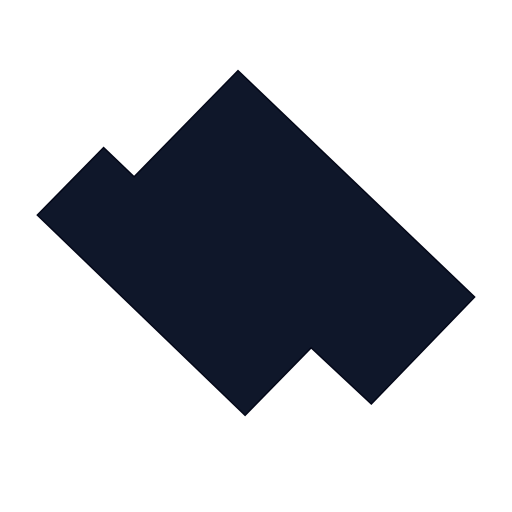 Hickory, Missouri, United States of America (Natural Earth projection), rotated 42°
{"feature_id": "52423323B37478896946930", "entity_name": "Hickory", "entity_type": "district", "adm_level": 2, "iso_a3": "USA", "parent_name": "United States of America", "parent_adm1": "Missouri", "projection": "natural_earth1", "projection_center": [-93.331, 37.938], "detail": "fine", "context": "isolated", "style": "filled", "palette": "ink", "viewbox_px": 512, "rotation_deg": 42, "n_neighbors": 0, "source": "geoboundaries", "source_scale": "gbopen_adm2", "svg_char_len": 287}
<svg xmlns="http://www.w3.org/2000/svg" viewBox="0 0 512 512"><g transform="rotate(42 256 256)"><path d="M440.7,288.8L445.9,140.2L118.6,130.3L112.4,278.7L70.2,277.4L66.7,358.2L66.1,371.9L354.5,381.7L358.4,287.3L440.7,288.8Z" fill="#0f172a" stroke="#020617" stroke-width="1.5"/></g></svg>